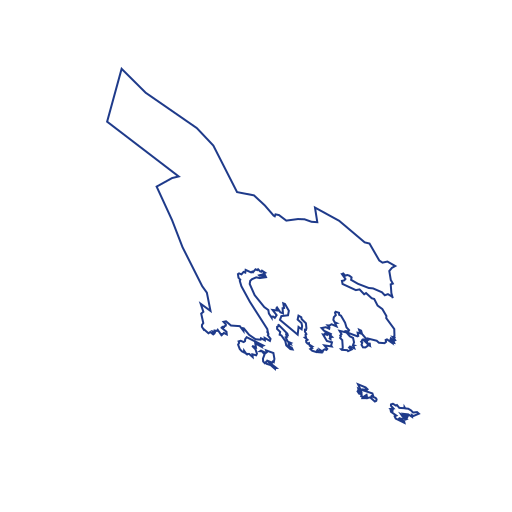 Roan nor, Sør-Trøndelag, Norway, rotated 224°
{"feature_id": "86288312B70767973443782", "entity_name": "Roan nor", "entity_type": "district", "adm_level": 2, "iso_a3": "NOR", "parent_name": "Norway", "parent_adm1": "Sør-Trøndelag", "projection": "robinson", "projection_center": [10.233, 64.168], "detail": "fine", "context": "isolated", "style": "outline", "palette": "blue", "viewbox_px": 512, "rotation_deg": 224, "n_neighbors": 0, "source": "geoboundaries", "source_scale": "gbopen_adm2", "svg_char_len": 6083}
<svg xmlns="http://www.w3.org/2000/svg" viewBox="0 0 512 512"><g transform="rotate(224 256 256)"><path d="M262.6,183.2L255.1,179.3L255.4,176.5L247.3,171.1L247.0,168.9L245.7,167.5L241.3,166.5L242.0,167.1L236.5,167.4L236.1,169.5L232.3,169.9L232.1,171.3L234.7,171.7L232.9,172.9L233.9,173.7L232.1,174.9L232.3,176.3L224.8,174.8L226.9,175.6L225.6,177.0L225.7,178.3L222.6,179.3L224.6,181.0L231.8,180.4L229.7,181.3L230.5,182.1L229.0,183.3L230.0,183.1L229.4,184.9L230.2,185.9L233.6,186.1L232.2,188.2L225.7,188.6L218.9,194.3L213.1,193.4L215.1,195.1L214.5,195.5L206.3,194.5L198.5,195.8L194.6,199.0L195.3,200.3L191.1,201.5L192.9,203.1L187.0,204.6L188.0,206.5L192.5,207.2L192.8,208.5L195.8,209.4L194.7,209.6L197.2,211.3L228.6,218.8L245.5,224.1L250.5,226.9L250.8,228.0L253.5,228.2L256.4,230.4L256.1,231.7L253.7,232.7L253.9,235.6L254.6,235.6L252.2,236.6L253.8,238.8L248.1,240.8L247.9,242.2L246.9,242.2L247.1,246.1L245.3,246.7L245.3,247.9L242.2,247.8L241.2,248.4L241.5,249.6L237.8,250.3L238.1,249.6L237.1,249.7L238.5,248.8L238.0,248.0L240.3,244.3L239.7,244.3L236.7,247.2L236.5,248.6L234.1,247.7L238.0,242.7L241.0,240.8L242.8,236.5L242.9,234.1L241.1,231.5L229.8,226.9L214.6,225.0L209.6,225.7L206.8,223.6L201.9,222.5L202.6,223.2L201.5,224.4L199.5,224.6L200.1,227.8L206.6,228.7L202.7,231.7L205.0,232.6L205.1,233.6L199.4,232.4L196.8,233.5L200.6,236.9L199.7,238.1L203.5,240.9L201.8,241.6L194.3,239.4L191.8,235.6L196.0,230.4L194.4,226.7L171.4,228.4L176.1,234.5L172.3,235.0L174.2,237.7L176.7,239.4L181.9,239.2L184.0,242.6L180.9,243.4L179.3,242.3L173.4,242.3L169.5,239.0L168.7,237.6L169.6,237.0L168.3,235.6L165.5,234.8L165.6,233.6L163.5,232.2L164.1,231.3L160.7,231.5L161.1,229.9L159.9,228.9L158.0,228.8L157.4,230.1L156.4,229.2L153.1,229.9L153.9,228.8L151.6,228.8L152.3,226.8L149.7,226.9L145.9,228.8L146.5,231.1L145.4,231.1L145.1,229.5L142.1,231.9L144.7,232.9L141.6,233.5L142.2,235.1L141.7,236.7L140.1,237.3L140.2,238.7L144.7,239.2L138.7,243.5L139.8,243.8L141.4,246.7L146.0,244.1L153.3,246.1L152.1,247.0L152.6,248.2L151.5,249.4L150.5,249.0L151.1,248.2L150.1,248.6L151.2,250.4L148.8,250.4L146.2,249.3L145.8,247.9L144.7,248.0L146.1,249.4L145.1,250.6L147.5,250.6L147.9,251.9L155.1,249.5L158.8,249.7L156.3,253.3L152.8,254.5L153.6,255.7L156.2,255.9L154.9,257.0L154.2,259.4L149.2,261.3L152.2,262.5L151.4,263.7L153.4,263.0L156.0,263.8L157.5,266.1L157.5,268.9L159.8,270.1L160.0,271.2L156.8,272.8L155.4,271.5L153.4,272.1L145.6,269.9L141.3,267.5L137.5,267.3L137.2,266.0L139.5,264.1L138.7,263.3L143.9,260.2L140.2,259.2L140.2,257.4L139.2,257.2L138.6,255.5L135.5,255.4L130.1,250.5L129.1,248.9L129.9,248.1L129.1,248.1L125.0,251.6L123.7,251.5L122.3,255.2L125.4,254.8L125.5,256.1L121.2,257.9L123.7,259.1L123.4,259.7L124.3,259.2L125.5,262.0L129.3,264.5L132.7,263.4L138.3,263.9L127.2,268.7L126.9,269.5L129.6,271.4L127.2,272.8L130.6,274.6L128.5,275.3L125.6,273.6L118.5,272.9L118.0,272.1L119.5,271.3L118.5,271.1L119.2,270.3L122.0,269.4L120.8,269.2L120.8,267.4L119.3,267.4L118.4,265.4L115.6,264.6L113.8,266.2L113.3,268.7L113.9,269.8L112.1,270.4L113.6,270.9L112.6,271.4L113.3,272.0L115.2,270.3L118.7,270.3L116.5,271.5L118.4,273.0L117.1,273.7L118.1,274.4L110.3,278.9L107.3,279.0L103.0,282.6L102.8,284.6L104.4,285.7L103.9,287.0L97.8,288.0L101.3,289.4L101.8,290.5L98.8,290.6L97.1,288.9L96.2,289.5L98.2,290.4L97.4,292.1L100.9,292.7L98.8,293.6L101.0,293.7L100.9,294.7L105.8,299.5L119.2,301.8L120.5,303.4L128.3,305.6L134.1,304.8L141.1,307.2L143.4,306.0L151.1,305.8L151.6,303.6L158.3,303.9L160.5,300.8L174.3,296.0L176.9,297.8L175.6,299.7L175.7,301.6L181.6,302.7L181.0,303.6L182.0,304.0L178.0,304.0L177.2,305.7L175.2,306.7L172.4,307.0L171.0,304.9L163.4,306.8L152.7,311.3L149.3,314.0L140.2,317.4L136.1,317.2L134.6,320.2L129.6,321.4L128.3,320.7L132.8,323.3L139.4,329.2L138.4,331.2L142.4,332.4L149.7,337.8L150.0,341.9L148.9,345.5L157.6,343.3L160.4,339.1L164.2,338.4L183.0,343.8L187.3,341.3L220.6,339.1L247.2,331.8L235.4,322.9L239.8,319.2L246.6,316.1L251.5,311.7L258.8,302.5L267.9,301.4L270.9,299.5L270.1,297.6L271.4,297.3L284.7,298.5L299.6,298.2L314.0,288.8L363.4,305.8L387.4,306.9L448.7,296.8L482.7,297.3L456.4,249.2L366.9,259.5L370.5,253.8L375.7,236.9L341.3,223.5L315.0,211.3L273.7,196.9L265.9,195.5L250.6,184.9L262.6,183.2ZM207.3,179.8L203.1,177.8L200.0,177.6L197.7,178.3L198.8,179.6L194.7,178.8L193.2,179.2L194.5,179.3L192.9,180.8L188.2,181.0L190.3,182.8L186.9,184.7L187.5,186.4L191.5,188.5L196.3,188.7L192.5,190.2L195.9,192.7L189.2,194.5L191.3,195.2L189.0,195.5L188.5,196.7L206.3,191.1L206.0,188.6L204.8,187.2L205.1,185.5L208.1,184.4L209.2,182.5L207.8,181.8L207.3,179.8ZM44.9,237.0L42.6,236.1L33.3,239.1L34.7,240.0L40.1,237.8L40.1,239.0L37.0,240.5L37.3,242.1L34.9,242.1L34.4,243.2L38.7,242.3L41.7,242.9L35.2,245.0L35.5,246.0L39.6,245.4L36.5,247.8L32.0,248.7L33.4,249.9L31.6,250.3L29.3,255.7L31.7,255.6L34.3,252.5L37.3,252.6L40.4,251.9L42.8,250.0L44.2,250.4L43.5,249.6L47.4,246.3L51.1,246.7L51.4,245.6L54.9,244.8L55.8,243.0L54.9,242.0L51.2,241.8L52.5,240.1L49.9,240.2L52.0,239.1L50.6,238.9L51.3,238.1L50.7,237.7L44.2,238.7L44.9,237.0ZM177.6,185.1L175.2,185.0L175.2,186.4L173.5,185.8L169.7,187.7L163.9,188.0L164.4,188.6L163.5,189.6L176.0,188.2L170.3,190.5L170.6,191.8L169.5,192.0L171.3,194.8L176.1,198.3L183.2,195.1L181.4,194.3L181.6,193.1L186.7,191.4L186.9,190.4L185.5,191.6L181.5,191.2L179.7,187.0L177.6,185.1ZM80.6,227.8L78.2,230.1L80.6,230.3L80.0,232.9L77.3,231.0L75.7,233.6L69.4,233.9L68.9,235.3L69.7,236.7L71.4,237.0L76.2,235.0L74.4,236.7L76.8,238.0L85.4,233.9L86.0,234.5L84.0,235.3L84.5,235.9L83.3,236.4L83.2,237.6L85.9,237.6L93.5,234.6L88.8,232.8L86.7,233.3L87.5,232.2L90.2,231.6L89.5,231.2L90.2,230.6L86.1,231.5L84.6,230.7L87.8,230.8L87.2,229.8L88.9,230.0L88.9,229.2L86.2,228.6L84.1,230.0L82.5,228.6L83.9,228.0L80.8,228.7L80.6,227.8ZM172.1,212.7L166.6,212.9L164.8,214.2L166.7,214.9L170.5,213.4L169.2,214.3L170.8,214.7L170.4,215.8L172.5,215.8L170.0,216.7L170.7,216.9L170.4,217.7L173.6,216.5L178.2,218.1L177.5,219.4L180.0,220.6L180.4,221.4L179.0,221.6L179.5,221.9L192.6,222.2L190.9,221.4L191.6,219.7L190.2,218.2L185.9,218.2L184.3,215.8L182.6,216.5L175.9,215.2L172.1,212.7Z" fill="none" stroke="#1e3a8a" stroke-width="2"/></g></svg>